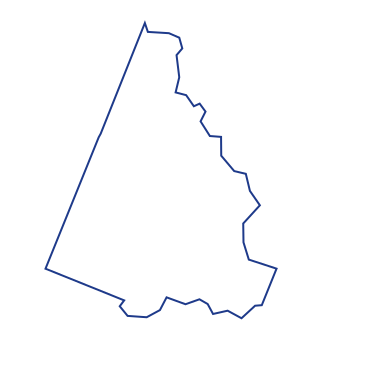 the district of San Juan, Colorado, United States of America, rotated 112°
{"feature_id": "52423323B96240484202678", "entity_name": "San Juan", "entity_type": "district", "adm_level": 2, "iso_a3": "USA", "parent_name": "United States of America", "parent_adm1": "Colorado", "projection": "robinson", "projection_center": [-107.715, 37.802], "detail": "fine", "context": "isolated", "style": "outline", "palette": "blue", "viewbox_px": 384, "rotation_deg": 112, "n_neighbors": 0, "source": "geoboundaries", "source_scale": "gbopen_adm2", "svg_char_len": 659}
<svg xmlns="http://www.w3.org/2000/svg" viewBox="0 0 384 384"><g transform="rotate(112 192 192)"><path d="M112.4,209.6L107.2,218.0L111.8,222.4L104.4,233.7L105.8,244.5L90.4,246.8L70.9,257.6L62.5,254.8L53.7,261.6L53.4,272.9L60.1,292.9L53.0,299.0L172.2,298.5L176.2,299.0L318.0,299.1L317.9,214.3L325.0,216.2L331.0,205.3L325.1,187.1L313.5,177.5L299.2,176.1L298.5,156.0L288.7,144.9L290.0,135.5L297.2,126.8L288.7,114.5L290.5,98.8L273.8,90.9L270.8,84.9L231.4,84.9L233.4,114.0L219.4,125.4L202.0,132.7L178.9,124.1L169.3,138.7L155.0,148.9L156.8,160.7L147.4,178.5L130.0,185.7L133.4,196.4L123.3,210.5L112.4,209.6Z" fill="none" stroke="#1e3a8a" stroke-width="2"/></g></svg>